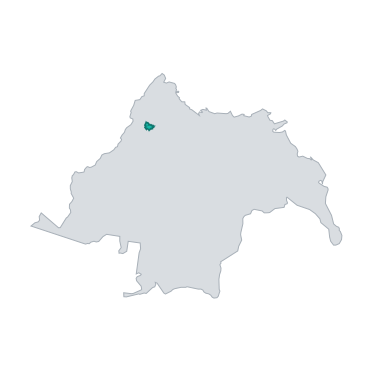 San José Del Fragua, Caquetá, Colombia (highlighted), rotated 98°
{"feature_id": "7082276B10460666438069", "entity_name": "San José Del Fragua", "entity_type": "district", "adm_level": 2, "iso_a3": "COL", "parent_name": "Colombia", "parent_adm1": "Caquetá", "projection": "albers", "projection_center": [-76.127, 1.343], "detail": "fine", "context": "in_parent", "style": "filled", "palette": "teal", "viewbox_px": 384, "rotation_deg": 98, "n_neighbors": 0, "source": "geoboundaries", "source_scale": "gbopen_adm2", "svg_char_len": 5598}
<svg xmlns="http://www.w3.org/2000/svg" viewBox="0 0 384 384"><g transform="rotate(98 192 192)"><path d="M221.5,47.8L217.6,49.4L209.8,51.4L204.4,60.1L200.8,61.6L196.3,66.8L193.0,73.1L190.5,86.1L183.9,97.2L184.4,97.7L187.1,97.2L189.6,95.9L190.5,96.3L191.4,98.2L194.4,98.7L196.9,107.6L201.5,112.2L202.0,113.9L202.6,117.6L201.0,119.9L200.5,128.1L202.0,130.1L205.4,131.0L207.7,136.0L209.2,137.2L211.3,138.0L216.3,137.2L225.5,138.0L227.6,137.9L232.7,136.1L239.2,138.2L244.0,138.5L257.1,153.9L258.4,153.4L260.1,154.3L263.3,152.7L266.2,152.5L269.9,153.2L274.8,153.2L284.7,151.5L286.2,150.6L291.6,151.5L293.2,152.6L294.0,155.5L293.4,157.3L291.5,159.1L290.5,161.4L290.3,164.2L289.3,166.3L287.6,167.6L286.9,169.6L287.3,172.2L286.5,183.8L287.2,184.8L287.9,189.6L290.2,195.8L291.3,197.5L293.2,199.0L296.7,204.1L296.0,205.8L287.1,213.9L286.6,215.8L288.4,215.0L291.1,215.7L292.1,217.7L298.8,223.2L298.7,225.3L300.6,229.5L300.3,230.5L305.0,242.4L305.2,244.9L301.3,245.6L301.1,237.6L300.6,236.0L296.2,228.9L295.3,228.3L292.4,229.2L287.6,234.5L285.3,235.3L283.5,234.5L281.7,231.4L280.5,230.8L279.4,233.5L280.9,235.8L259.6,235.9L255.4,235.0L249.7,236.2L249.7,248.3L259.8,248.4L262.6,251.9L262.4,254.7L262.8,255.7L260.4,256.3L256.9,254.4L250.6,256.7L246.0,257.3L245.8,270.7L248.6,274.0L254.0,277.5L254.8,279.9L254.4,282.2L255.7,285.1L257.5,286.6L257.5,288.3L258.4,290.2L248.1,346.7L244.4,343.3L243.0,340.2L241.1,339.0L237.6,339.9L233.7,338.4L246.0,319.2L245.6,317.5L235.2,312.9L234.1,311.7L229.2,309.2L226.5,309.9L225.0,311.2L221.2,311.6L218.2,309.6L214.6,308.3L210.2,311.5L208.9,311.5L205.9,312.9L202.6,313.4L198.3,312.0L194.8,313.0L192.4,312.8L191.4,311.8L188.4,310.7L188.0,309.4L188.9,307.0L187.5,302.3L187.0,301.6L184.7,301.5L182.0,299.8L181.4,298.8L182.0,296.9L181.5,295.3L178.8,291.6L175.1,290.6L171.5,287.5L167.9,286.4L166.3,284.2L164.7,279.2L161.0,275.2L158.4,273.9L157.5,272.1L154.9,271.9L151.3,269.3L149.6,269.1L148.5,270.4L145.2,269.1L142.3,267.2L139.4,266.7L137.4,265.6L133.9,261.9L130.1,260.2L127.9,260.8L127.2,263.5L126.0,264.0L121.6,263.3L120.9,263.9L119.7,263.8L114.4,261.8L109.2,261.0L107.8,256.5L104.5,254.9L103.4,252.7L101.1,253.0L92.1,248.8L88.4,246.0L85.2,244.4L81.9,241.2L81.4,239.9L78.8,238.1L80.1,235.7L83.2,233.9L87.2,235.3L87.7,232.5L86.2,230.0L86.9,224.4L88.0,223.2L90.2,222.1L91.6,222.5L92.5,221.6L95.7,222.0L96.7,221.6L99.2,219.4L100.3,217.6L101.4,217.7L104.1,214.7L103.7,211.7L106.2,211.0L108.8,206.1L110.0,206.0L110.6,203.6L115.2,195.4L113.5,196.4L111.7,195.8L112.0,193.1L111.4,192.7L109.9,194.8L108.7,192.7L109.0,189.2L106.9,189.8L107.0,189.0L110.0,186.4L111.3,180.4L110.3,178.2L109.7,169.1L109.2,167.4L106.7,165.2L110.6,162.6L112.0,160.7L110.2,156.6L107.9,153.3L107.9,151.2L109.2,151.4L109.8,145.8L108.5,143.7L106.9,143.7L101.7,135.4L99.9,133.7L101.3,129.7L102.9,128.0L102.5,125.0L103.6,125.1L105.8,127.9L106.7,127.4L110.1,124.8L110.2,122.4L113.0,119.9L109.1,111.4L107.8,110.1L109.4,107.4L110.3,107.6L111.8,110.2L114.2,111.9L117.8,116.7L119.4,117.7L118.3,118.8L118.0,119.9L118.6,120.5L120.6,120.6L121.4,119.3L120.9,113.6L120.0,110.8L118.1,108.7L118.7,107.9L122.4,106.5L130.0,101.0L132.7,95.9L134.7,94.1L136.9,92.8L139.7,93.1L141.8,92.5L142.5,90.9L141.1,87.3L142.7,82.4L142.6,80.0L143.7,78.5L143.3,77.9L140.6,79.7L143.4,76.3L145.4,71.0L156.5,61.8L163.7,64.0L166.0,63.9L163.0,65.0L162.6,66.4L163.6,67.7L164.7,68.1L165.6,67.2L168.1,61.9L168.4,58.9L169.5,57.9L171.0,57.5L178.1,58.8L184.8,58.3L195.7,50.6L203.9,47.3L205.9,44.2L206.5,41.8L208.0,40.9L209.5,40.9L210.5,39.6L214.2,37.5L218.3,37.3L222.6,39.0L224.6,42.2L224.9,44.4L221.5,47.8ZM95.8,221.0L95.3,221.4L94.4,220.6L94.1,219.7L94.6,219.0L95.4,219.3L95.8,221.0Z" fill="#d9dde1" stroke="#a8b0b8" stroke-width="1"/><path d="M136.9,243.1L136.7,243.0L136.6,242.9L136.4,242.8L136.4,242.7L136.2,242.7L136.0,242.4L135.9,242.4L135.7,242.3L135.6,242.2L135.3,242.0L135.3,241.9L135.3,241.7L135.2,241.7L135.3,241.5L135.2,241.4L135.2,241.2L134.9,240.9L135.0,240.8L135.1,240.6L135.0,240.4L134.9,240.3L134.9,240.2L134.7,240.0L134.7,239.9L134.4,239.9L134.2,240.0L133.9,240.2L133.9,240.3L133.7,240.3L133.4,240.2L133.3,239.9L133.4,239.7L133.4,239.4L133.3,239.2L133.2,239.3L132.9,239.5L132.9,239.4L132.9,239.2L132.7,239.1L132.3,238.9L132.2,238.8L132.2,239.0L132.3,239.0L132.2,239.1L132.3,239.1L132.4,239.3L132.3,239.5L132.2,240.0L132.1,240.3L132.0,240.2L132.0,240.3L131.9,240.5L131.8,240.8L131.7,240.9L131.8,240.9L131.8,241.0L131.7,241.0L131.8,241.2L131.9,241.3L131.8,241.5L131.7,241.5L131.6,241.8L131.4,241.9L131.4,242.0L131.5,242.0L131.4,242.2L131.5,242.5L131.4,242.6L131.5,242.7L131.5,242.8L131.4,242.8L131.4,243.0L131.3,243.3L131.2,243.3L131.0,243.5L131.2,243.8L131.0,243.7L131.0,243.8L130.9,243.9L130.9,244.0L130.7,244.1L130.6,244.3L130.5,244.5L130.4,244.6L130.2,244.7L130.2,244.8L129.9,244.9L129.9,245.0L129.7,245.2L129.7,245.3L129.5,245.5L129.7,245.8L129.8,245.8L129.8,246.0L129.7,246.1L129.6,246.3L129.5,246.5L129.7,246.4L129.8,246.5L129.8,246.8L129.9,247.0L130.0,247.2L130.1,247.3L130.3,247.4L130.3,247.5L130.5,247.5L130.7,247.4L130.8,247.4L130.8,247.5L131.0,247.6L131.3,247.6L131.5,247.6L131.6,247.8L131.6,247.7L131.8,247.8L131.9,247.7L132.0,247.7L132.1,247.8L132.2,247.7L132.3,247.6L132.3,247.8L132.5,247.9L132.6,247.7L133.0,247.6L133.4,247.0L133.5,247.1L133.7,247.3L133.8,247.4L134.0,247.4L134.1,247.5L134.3,247.5L134.5,247.5L134.8,247.6L134.9,247.4L134.7,247.2L134.6,246.9L135.3,246.8L136.0,246.4L136.0,246.2L135.9,246.1L136.0,246.0L135.9,246.0L135.9,245.9L135.7,245.7L135.6,245.4L135.5,245.2L135.4,245.2L135.5,244.9L135.8,244.7L135.9,244.4L136.0,244.2L136.1,243.7L136.9,243.1Z" fill="#14b8a6" stroke="#0f766e" stroke-width="1.5"/></g></svg>